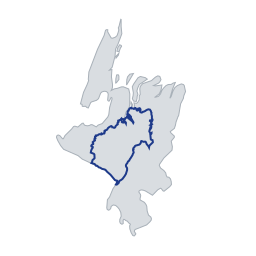 where Dhaka sits in Bangladesh, rotated 207°
{"feature_id": "BGD-1806", "entity_name": "Dhaka", "entity_type": "Division", "adm_level": 1, "iso_a3": "BGD", "parent_name": "Bangladesh", "parent_adm1": "", "projection": "robinson", "projection_center": [90.348, 24.137], "detail": "fine", "context": "in_parent", "style": "outline", "palette": "blue", "viewbox_px": 256, "rotation_deg": 207, "n_neighbors": 0, "source": "natural_earth", "source_scale": "10m", "svg_char_len": 8952}
<svg xmlns="http://www.w3.org/2000/svg" viewBox="0 0 256 256"><g transform="rotate(207 128 128)"><path d="M92.1,179.4L92.1,173.5L88.5,162.0L88.6,160.7L87.9,155.1L87.0,152.0L86.5,148.7L88.7,144.0L87.8,143.2L83.0,141.8L82.5,140.6L83.5,135.9L80.0,131.5L78.7,128.2L82.4,117.6L83.4,110.2L83.1,108.8L80.8,107.1L76.8,106.4L74.0,105.1L72.3,103.0L70.9,102.1L69.2,102.7L67.0,101.9L65.2,99.9L63.6,97.3L64.2,94.6L67.2,88.0L68.3,87.9L70.8,89.1L71.7,89.1L73.4,86.5L75.7,79.2L83.8,79.8L85.8,79.6L87.8,79.0L88.9,78.1L89.5,76.9L89.3,75.9L86.8,74.5L85.9,73.4L85.2,70.5L84.5,69.4L79.6,69.2L77.1,67.9L75.7,66.7L73.2,62.7L70.2,59.7L67.2,59.0L66.1,58.0L65.5,56.5L65.9,54.3L67.4,50.1L75.5,40.9L75.7,39.9L75.4,38.7L73.0,37.3L72.9,36.5L73.5,34.6L74.9,34.4L77.6,36.1L80.5,38.9L82.1,41.5L82.2,43.4L84.4,43.8L86.2,44.7L88.1,44.5L89.3,44.9L90.2,44.8L90.5,43.6L88.9,40.7L89.7,39.5L91.5,39.6L92.8,40.7L93.8,42.9L94.0,46.3L96.1,49.5L99.0,51.7L101.2,52.7L103.9,53.4L106.2,52.7L107.4,50.6L106.9,48.6L107.2,46.9L108.1,45.9L109.6,46.0L110.7,47.3L113.8,54.8L113.1,58.1L113.8,67.1L113.0,73.1L113.5,75.4L114.1,75.8L118.8,76.9L125.7,79.3L130.9,80.2L154.7,79.5L159.9,80.7L175.7,79.8L180.0,81.7L184.7,84.8L187.4,87.1L187.9,88.4L187.6,89.5L186.7,90.2L185.1,90.2L181.4,88.7L180.7,89.1L180.7,92.7L177.7,101.7L177.2,104.5L176.2,105.5L173.1,106.1L171.0,111.3L170.1,112.0L168.1,110.8L166.8,111.0L165.2,111.5L163.6,112.7L162.5,114.2L161.2,114.7L156.8,114.6L155.9,117.1L153.0,120.2L151.0,128.7L151.2,131.2L153.7,138.0L155.4,146.7L156.1,147.6L156.9,147.6L156.9,143.6L157.7,143.1L158.8,143.6L160.9,149.0L162.1,150.3L163.9,150.7L166.0,149.9L167.6,148.3L168.2,146.6L167.6,140.7L168.6,138.4L172.2,134.8L172.8,133.7L172.5,127.8L173.9,127.6L175.7,128.1L178.0,126.7L178.7,126.7L179.7,128.2L181.3,127.9L183.8,139.6L184.1,147.8L184.6,152.4L185.5,153.4L188.3,160.2L190.9,184.4L191.3,199.7L192.4,204.9L191.5,206.1L190.6,206.3L189.8,204.5L183.9,200.6L182.5,201.0L180.5,203.2L179.7,205.3L180.1,208.3L180.7,211.2L182.1,212.8L182.2,214.7L183.8,221.6L183.4,221.6L180.2,215.3L176.3,209.2L175.0,198.1L174.9,192.7L172.2,186.2L169.7,175.0L170.8,171.1L168.9,172.8L166.0,166.1L161.4,159.5L160.1,156.6L160.0,153.8L158.0,156.6L155.4,158.6L152.6,161.6L150.8,162.6L145.1,163.1L141.8,159.1L137.0,149.2L136.3,147.0L137.0,141.2L135.8,135.7L135.5,130.9L134.7,131.3L134.3,132.7L134.5,134.7L134.2,136.4L126.2,135.3L129.6,138.2L133.3,138.8L135.2,141.4L135.3,145.7L131.7,148.3L132.0,150.5L134.1,153.1L131.5,153.9L130.9,155.6L130.8,158.1L132.6,161.9L132.3,163.4L135.3,168.3L135.9,170.7L135.1,174.1L128.6,180.9L126.7,185.7L125.1,188.0L123.1,188.4L120.6,186.1L120.6,183.7L121.1,181.9L124.5,177.4L122.6,178.0L117.3,181.7L116.3,178.7L115.7,175.9L115.7,172.5L118.2,167.3L115.3,169.9L114.5,173.1L114.9,176.8L114.5,179.5L113.4,183.0L111.8,185.1L109.3,186.4L108.2,188.5L106.5,190.0L106.0,183.0L104.2,173.5L103.8,175.5L104.7,181.4L104.6,185.2L103.3,188.2L100.5,191.5L98.4,191.9L97.2,191.4L93.3,186.6L92.9,182.0L92.1,179.4ZM140.4,179.5L135.5,180.7L133.0,180.3L137.7,171.8L137.5,168.0L136.8,164.9L134.4,162.4L134.3,160.7L133.3,158.2L132.7,155.4L135.3,154.5L137.4,156.1L138.2,159.3L139.2,161.8L142.9,166.7L142.9,169.8L141.9,177.3L140.4,179.5ZM150.8,176.8L147.9,179.0L148.8,165.6L151.0,170.6L151.6,173.3L150.8,176.8ZM162.2,170.1L160.9,171.0L159.7,170.2L158.1,167.0L158.9,163.0L159.4,162.5L161.2,166.5L162.2,170.1ZM173.2,198.4L171.5,198.5L170.7,197.6L171.1,196.2L170.6,191.9L172.8,191.4L173.6,195.1L173.2,198.4ZM171.3,186.2L170.1,190.5L169.6,188.6L170.4,184.8L171.3,186.2ZM136.6,151.3L137.1,152.6L134.4,150.8L133.6,149.6L134.8,148.9L136.6,151.3Z" fill="#d9dde1" stroke="#a8b0b8" stroke-width="1"/><path d="M113.1,72.2L113.0,73.2L113.1,74.3L113.3,75.4L113.7,76.1L114.1,76.1L115.1,75.7L116.1,75.7L122.3,78.4L126.7,79.5L128.8,80.4L129.8,80.5L132.6,79.8L134.9,80.0L136.0,79.7L136.4,79.7L136.7,79.8L137.3,80.1L138.4,80.3L138.6,80.3L138.8,80.2L139.1,79.9L139.7,79.9L140.0,80.1L140.4,80.4L140.8,80.6L141.6,80.7L144.7,80.2L144.6,81.6L145.0,83.0L145.0,83.5L144.9,83.8L144.6,84.3L144.4,84.8L144.1,86.0L145.9,89.1L146.7,89.5L150.0,89.2L150.4,90.6L150.6,91.3L150.7,92.7L150.5,94.4L150.7,95.0L150.8,95.1L151.1,95.0L151.3,95.0L152.2,95.0L152.5,95.2L152.6,95.4L152.7,95.8L152.7,96.1L152.6,96.3L152.4,96.6L152.4,96.8L152.4,97.0L152.3,97.4L152.1,97.6L151.8,97.7L151.7,97.8L151.7,98.0L152.0,98.5L152.2,98.8L152.3,99.0L152.5,99.1L153.0,99.4L152.6,100.5L152.3,101.1L152.1,101.5L151.9,101.7L151.8,101.8L151.8,102.0L152.0,102.3L152.5,102.4L152.8,102.6L152.9,103.2L153.0,103.4L153.0,103.8L152.5,104.1L153.1,104.7L153.3,104.9L153.4,105.1L153.5,105.4L153.3,105.7L153.1,105.7L152.8,106.1L153.2,106.8L152.6,107.2L151.7,107.7L151.3,108.8L151.0,109.0L150.8,109.4L150.5,109.6L150.0,109.8L149.4,109.9L149.2,110.0L149.2,110.3L149.2,110.7L149.2,111.0L148.8,110.9L148.4,110.6L147.5,112.0L147.2,112.1L146.8,112.2L146.7,112.3L146.8,112.9L146.7,113.1L147.2,113.8L147.0,114.3L147.6,114.7L147.4,115.3L146.8,116.0L146.4,116.3L146.1,116.6L145.8,117.4L145.9,118.0L145.8,118.8L145.2,120.2L144.2,121.7L143.8,122.1L143.5,122.2L143.4,122.2L143.2,122.1L142.4,121.5L142.2,121.7L142.0,121.8L141.8,121.8L141.6,121.8L140.8,121.8L140.6,121.8L140.4,121.9L140.2,122.0L139.9,122.4L139.8,122.6L139.7,122.9L139.9,123.6L139.9,123.9L139.9,124.1L139.3,125.7L138.9,126.4L138.8,126.7L138.9,126.9L139.3,127.2L139.5,127.3L139.6,127.5L139.6,127.8L139.6,128.0L139.4,128.4L139.2,128.7L139.9,129.5L140.1,129.9L140.1,130.0L139.6,130.1L139.3,130.3L139.2,130.6L139.4,130.9L139.1,131.3L138.5,131.7L138.3,132.1L138.1,132.1L137.6,132.1L137.8,132.5L138.3,132.9L138.1,133.6L137.6,133.3L137.3,133.3L136.7,133.6L136.0,133.9L135.6,134.1L135.1,132.8L135.2,131.8L135.6,131.1L136.3,130.7L136.2,130.5L135.7,130.4L135.3,130.5L134.3,130.9L134.4,131.4L134.3,131.7L133.9,131.8L133.5,131.8L133.0,131.8L132.7,131.7L132.0,131.2L132.2,131.7L132.6,132.0L133.0,132.2L133.5,132.3L134.5,132.3L134.8,132.6L134.8,135.5L134.7,135.8L134.5,136.0L134.3,136.5L134.1,137.1L134.1,137.6L133.1,137.2L127.7,136.0L126.6,135.6L125.6,134.9L125.6,135.3L125.9,135.7L129.5,138.0L129.9,138.4L130.2,138.8L130.4,139.2L130.6,139.5L131.5,139.7L132.3,140.1L132.7,140.3L134.5,140.5L134.8,140.7L135.6,142.0L135.7,142.6L135.8,143.7L135.7,143.5L135.5,143.2L135.2,142.9L135.4,143.6L135.5,145.5L135.4,146.2L134.6,147.4L134.4,147.6L134.1,147.5L134.0,147.2L134.2,146.9L134.4,146.7L133.9,146.9L133.6,147.2L133.3,147.5L132.7,147.6L131.7,147.6L131.3,147.7L131.2,148.2L131.2,148.5L131.0,148.8L130.9,148.9L130.4,149.2L129.7,148.9L129.3,148.5L128.7,148.0L128.1,147.8L127.8,147.7L127.7,147.8L127.4,147.9L127.1,148.1L126.8,148.7L127.1,148.7L127.5,148.6L127.7,148.8L127.8,149.4L127.7,149.4L127.7,149.5L127.5,149.9L127.3,150.1L127.0,150.7L126.7,150.9L126.3,150.9L126.0,150.8L125.6,150.5L125.0,149.8L124.9,149.2L124.8,148.4L124.7,148.1L124.6,147.9L124.3,147.8L124.0,147.7L122.7,148.0L122.4,148.5L122.2,149.1L121.7,149.4L121.2,149.9L121.0,150.3L120.4,150.9L120.3,151.1L119.9,152.0L119.2,153.0L118.5,153.7L118.1,154.0L117.6,154.1L116.7,154.3L116.6,154.2L115.5,153.6L115.3,153.4L114.7,152.7L114.1,152.4L113.9,152.0L113.7,151.4L113.6,151.1L113.2,150.6L112.3,149.7L111.9,149.1L111.2,147.6L110.9,147.2L110.7,147.0L110.2,146.9L110.0,146.7L109.9,146.5L109.8,146.2L109.7,145.9L109.7,145.6L110.3,146.1L110.6,146.2L110.8,145.7L111.2,145.1L111.4,144.9L111.8,144.8L111.8,144.5L111.7,144.2L111.3,144.1L111.0,144.1L110.7,144.4L110.5,144.5L110.1,144.5L109.7,143.9L109.8,143.3L109.7,142.7L108.3,142.3L108.5,141.8L109.1,141.2L109.4,140.7L108.5,140.7L107.8,139.8L107.4,138.6L107.5,137.6L107.8,137.8L108.2,138.0L107.7,135.4L107.5,134.7L106.9,134.2L106.0,133.7L105.2,133.6L104.8,134.3L104.7,134.1L104.6,133.9L104.6,133.6L104.6,133.4L104.8,133.3L105.2,133.0L105.4,132.6L105.0,132.3L104.8,132.0L104.7,131.6L104.5,131.3L104.2,130.8L102.5,128.2L102.2,128.1L101.9,128.1L101.4,128.2L100.6,128.3L99.4,126.7L99.4,126.4L100.8,122.4L100.8,121.8L100.8,121.5L100.4,120.2L101.3,120.9L103.8,122.0L104.4,122.4L105.6,123.5L106.3,123.7L106.8,123.5L107.6,122.9L108.1,122.7L109.6,122.6L110.2,122.4L110.2,122.0L109.9,120.5L109.9,120.0L110.0,119.3L110.4,118.3L112.7,116.2L113.1,115.9L113.4,115.4L113.6,115.0L113.6,113.8L113.9,113.3L113.8,113.2L113.9,112.7L114.0,112.3L113.9,112.1L113.9,111.9L113.9,111.6L113.8,111.3L113.3,111.2L113.3,110.5L113.3,110.3L113.2,110.2L112.9,110.0L112.1,109.1L111.9,108.9L111.8,108.5L111.9,107.2L111.7,106.0L111.7,105.7L111.9,103.3L112.0,102.1L112.2,101.1L112.2,100.5L112.2,99.9L112.1,99.5L112.3,99.1L112.6,98.7L112.8,97.9L112.8,97.5L112.7,96.9L112.7,96.5L113.0,95.0L113.0,94.4L112.9,93.8L112.7,93.4L112.5,93.1L111.9,92.6L111.1,92.2L110.6,91.8L110.4,91.5L110.0,90.7L109.7,90.1L109.1,86.6L109.0,86.3L109.2,83.6L109.5,81.9L109.8,80.1L110.5,78.7L110.7,78.3L111.0,77.9L111.5,77.2L111.6,76.4L111.4,74.7L112.0,73.1L112.1,72.8L112.3,72.6L112.6,72.3L113.1,72.2L113.1,72.2ZM133.3,139.6L132.8,139.9L132.3,139.7L131.7,139.3L130.9,138.3L130.6,137.9L130.7,137.6L131.4,137.6L132.4,138.0L133.7,138.7L134.8,139.6L135.0,140.3L134.0,139.5L133.4,139.3L133.3,139.6Z" fill="none" stroke="#1e3a8a" stroke-width="2"/></g></svg>